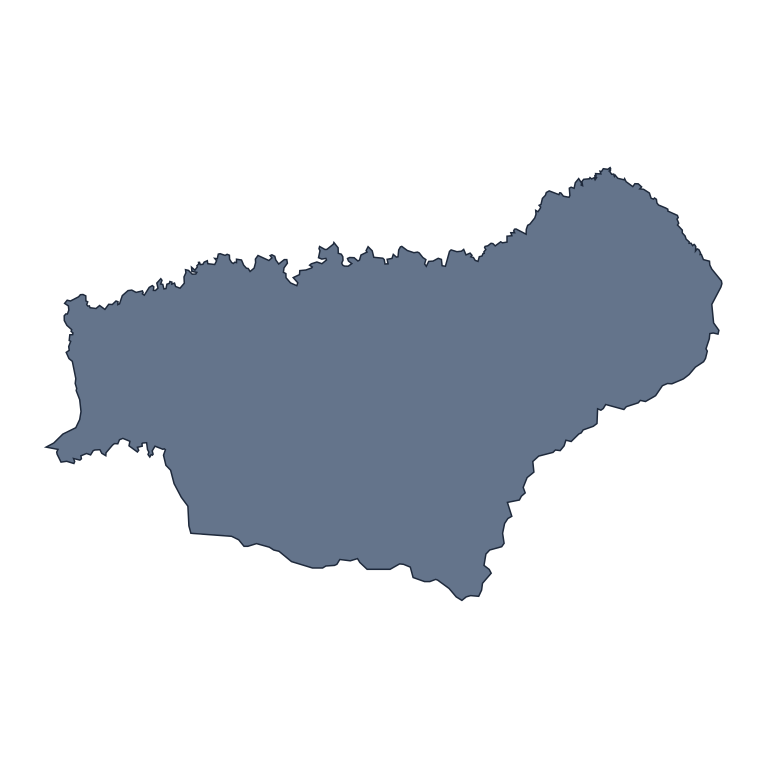 outline of Ngoajane, Butha-Buthe, Lesotho
{"feature_id": "5366337B97344543067917", "entity_name": "Ngoajane", "entity_type": "district", "adm_level": 2, "iso_a3": "LSO", "parent_name": "Lesotho", "parent_adm1": "Butha-Buthe", "projection": "orthographic", "projection_center": [28.545, -28.658], "detail": "fine", "context": "isolated", "style": "filled", "palette": "slate", "viewbox_px": 768, "rotation_deg": 0, "n_neighbors": 0, "source": "geoboundaries", "source_scale": "gbopen_adm2", "svg_char_len": 6059}
<svg xmlns="http://www.w3.org/2000/svg" viewBox="0 0 768 768"><path d="M707.3,351.1L706.0,348.8L709.3,338.8L709.8,333.6L713.2,333.0L718.0,334.1L718.9,330.3L713.6,322.9L711.8,304.4L720.9,287.1L721.9,283.7L721.4,280.9L711.8,269.1L709.8,265.0L709.5,261.2L703.4,259.6L701.3,254.3L700.1,254.5L700.4,252.6L698.8,249.6L697.2,248.9L695.5,251.0L695.8,246.6L694.9,245.1L694.1,244.4L692.6,245.6L691.0,243.2L689.1,243.3L689.2,241.9L686.1,239.1L685.1,236.0L682.3,232.9L682.3,230.1L677.5,225.0L678.7,223.2L677.0,219.1L678.2,217.6L677.4,215.4L667.9,211.1L667.8,209.2L665.7,208.0L658.5,205.0L656.9,202.9L656.4,199.3L654.5,198.0L653.5,199.1L651.1,198.2L649.4,193.0L643.6,189.3L639.8,188.9L641.6,186.9L638.2,183.8L634.9,183.7L632.8,186.6L626.1,181.7L624.6,178.7L624.1,179.8L617.8,178.3L615.1,175.1L614.4,176.3L613.7,174.1L611.7,174.3L609.9,171.8L610.4,170.5L609.4,170.7L610.6,168.5L610.1,167.6L607.8,169.3L603.3,168.7L601.5,171.5L600.0,171.2L600.9,173.9L595.6,173.6L596.0,175.8L594.9,175.6L595.0,177.2L596.5,177.7L595.1,179.8L594.2,177.7L591.6,178.9L590.0,177.6L589.3,178.8L583.7,179.3L581.9,181.5L582.6,185.7L581.2,185.1L581.6,183.2L578.7,178.6L575.3,182.7L574.1,188.3L571.1,187.2L569.3,188.2L569.9,195.5L569.0,197.3L563.4,196.2L560.8,192.9L559.7,192.8L558.9,194.6L549.2,190.9L546.3,192.5L545.4,195.3L542.4,198.4L541.0,204.4L539.1,205.3L540.6,207.0L540.4,208.1L538.0,211.7L535.7,210.4L536.0,214.2L534.8,217.9L530.0,224.0L527.7,225.3L526.3,229.3L526.1,234.2L516.1,229.0L514.5,229.2L513.7,230.9L514.6,232.7L510.8,232.7L511.9,235.7L507.0,236.2L507.0,242.1L502.4,242.8L500.7,241.8L495.2,245.9L492.9,243.6L491.0,243.3L487.8,245.8L485.1,246.4L484.6,247.5L485.8,249.6L483.9,251.8L484.2,253.3L483.0,253.6L482.0,256.0L479.3,256.7L478.0,261.4L475.2,260.4L473.4,257.5L470.8,256.8L472.0,255.3L470.1,253.1L466.0,254.9L463.7,249.4L461.4,251.2L456.9,251.7L451.1,249.9L449.5,251.4L445.4,266.3L442.1,265.7L441.4,259.4L438.2,258.3L433.0,261.1L428.7,261.4L426.3,266.3L424.6,264.0L425.9,259.6L422.8,257.5L419.2,252.9L417.5,252.1L413.9,252.7L407.3,250.5L401.8,246.4L400.4,246.9L398.7,250.0L398.0,256.8L396.4,257.1L393.3,254.4L392.0,258.4L387.1,259.3L388.1,263.8L385.0,264.0L384.2,259.6L382.8,258.2L373.8,257.3L372.2,250.8L368.1,246.7L366.1,250.6L367.0,252.1L361.0,255.0L359.5,260.1L357.9,261.0L354.1,257.7L349.7,257.5L347.5,258.5L348.5,261.1L351.8,263.6L348.2,266.2L344.5,266.1L342.7,265.2L341.7,263.1L343.0,260.3L342.8,256.7L341.3,254.2L338.3,253.3L338.1,247.8L333.9,242.5L333.4,244.1L326.9,249.4L325.0,249.5L319.6,246.5L319.0,248.7L320.0,250.7L318.5,257.7L321.8,259.1L325.9,258.4L326.5,260.0L321.9,263.7L316.9,262.0L311.3,263.8L309.6,265.2L312.3,267.0L311.7,267.9L305.9,270.0L299.8,270.6L299.5,274.6L293.2,277.6L297.8,282.8L296.8,285.7L290.5,282.9L286.0,277.7L285.9,273.6L283.4,272.3L284.0,267.9L287.4,263.2L286.8,259.6L284.3,259.6L278.7,264.0L275.8,260.0L274.8,256.3L271.9,254.8L270.1,255.6L271.9,257.9L268.9,260.5L258.0,255.5L255.4,259.1L255.6,262.6L254.1,268.1L250.1,271.5L248.2,268.5L246.4,268.2L243.7,265.2L241.5,260.0L236.5,259.2L236.5,262.6L234.8,262.2L233.3,263.5L231.6,262.5L229.6,259.2L229.4,255.2L227.1,254.3L225.1,255.4L220.2,253.7L218.3,254.1L217.3,258.7L214.7,258.4L216.6,260.8L214.7,264.5L207.8,263.7L207.3,260.7L204.2,262.1L202.9,264.3L200.3,264.6L199.5,262.3L198.5,262.4L198.8,263.9L196.9,265.7L197.3,267.0L194.9,270.1L191.5,267.2L191.9,271.4L196.8,272.4L195.8,274.0L192.3,274.2L188.5,270.4L185.5,269.7L185.9,272.8L184.0,276.9L184.3,283.2L180.0,288.2L175.6,286.5L174.5,283.1L171.8,284.1L171.9,282.1L169.9,281.5L169.3,283.4L166.9,284.2L166.0,288.6L163.9,288.9L162.8,284.4L160.7,284.0L162.0,280.3L160.8,278.7L156.8,283.1L158.0,288.1L155.4,290.5L153.4,290.4L153.8,286.8L152.3,285.6L149.2,287.4L144.3,295.2L142.4,293.8L143.1,292.6L142.4,290.9L136.1,292.4L131.8,290.1L128.0,290.6L122.3,295.6L119.5,303.9L117.8,304.6L118.0,301.7L116.0,301.0L112.3,304.5L108.7,304.3L104.9,309.4L99.6,305.5L96.0,308.5L90.0,307.7L89.4,305.9L87.9,306.1L86.7,304.6L87.7,301.8L85.9,300.9L85.8,295.9L83.0,294.5L80.4,294.7L78.6,296.8L70.4,301.0L67.2,300.2L64.6,303.4L68.4,305.9L68.8,310.1L67.4,314.0L65.9,313.9L64.2,315.8L64.3,320.6L66.9,325.4L71.7,329.7L71.1,331.4L72.9,332.9L72.7,334.6L69.8,334.8L69.2,340.5L70.7,341.3L68.7,346.5L69.2,350.3L66.2,352.4L69.0,358.6L72.3,361.3L75.8,378.6L75.2,383.5L76.7,388.4L76.2,390.6L79.7,399.7L81.0,411.6L79.7,419.5L75.8,427.7L62.8,434.1L53.8,443.0L46.1,447.1L58.0,449.4L56.7,452.1L57.1,454.2L61.0,462.1L66.7,461.3L73.9,463.5L74.7,461.6L73.5,458.5L79.9,460.1L81.4,458.8L80.9,455.8L86.5,453.5L90.6,454.9L93.2,450.7L94.8,450.0L99.9,449.7L101.8,453.3L105.8,455.7L106.0,452.8L112.6,445.0L114.5,443.6L117.8,443.8L119.5,439.7L122.9,438.4L129.9,441.3L129.0,445.8L137.4,452.0L138.7,450.3L137.4,447.3L142.2,446.2L142.0,443.5L142.9,443.0L146.6,442.7L147.5,449.5L148.9,452.1L148.0,454.5L149.8,457.0L151.2,454.6L152.4,455.1L153.1,454.2L152.2,450.9L155.0,446.2L162.9,449.3L164.2,448.8L165.4,449.7L163.5,455.2L165.9,465.3L170.6,470.2L174.1,483.7L181.3,497.3L187.9,506.2L188.9,525.9L190.9,533.3L231.6,536.3L238.7,539.8L244.0,546.3L247.9,546.3L256.5,543.6L269.4,547.2L273.7,550.0L279.0,551.3L291.5,561.6L312.5,568.0L322.6,568.0L325.9,566.0L334.5,565.4L336.9,564.3L339.8,559.5L350.3,560.8L357.5,558.6L359.9,562.5L367.1,569.3L390.1,569.3L399.6,563.9L403.5,564.3L410.3,567.1L413.1,577.5L424.6,581.6L429.8,581.6L435.6,579.4L437.5,580.0L449.1,588.5L456.2,596.9L461.9,600.4L466.2,596.9L470.6,595.6L478.7,596.3L481.6,590.1L482.5,583.3L491.2,573.2L489.2,569.4L484.0,565.4L485.9,554.1L489.7,550.0L501.7,546.7L504.1,543.3L502.6,533.3L504.6,523.5L507.9,518.5L511.8,516.3L507.4,502.4L519.4,500.0L521.4,496.2L525.2,492.9L523.2,487.4L527.1,477.6L533.9,472.1L532.8,461.5L538.7,456.1L553.0,452.4L555.4,450.0L560.2,450.6L564.1,445.9L565.9,440.2L571.2,441.5L578.8,434.0L581.2,432.9L583.2,429.9L593.3,426.3L597.0,423.5L597.6,408.8L600.9,410.2L603.3,408.5L605.7,404.5L623.9,409.5L626.3,406.7L638.3,402.8L640.3,400.4L645.5,401.5L655.6,395.7L662.4,385.7L667.5,383.5L671.9,383.8L683.4,378.9L689.1,374.5L695.4,367.1L703.6,361.7L705.5,358.5L707.3,351.1Z" fill="#64748b" stroke="#1e293b" stroke-width="1.5"/></svg>